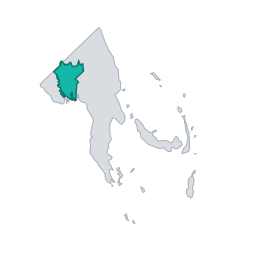 Middle Fly District, Western, Papua New Guinea shown in context, rotated 46°
{"feature_id": "67681753B64880686677125", "entity_name": "Middle Fly District", "entity_type": "district", "adm_level": 2, "iso_a3": "PNG", "parent_name": "Papua New Guinea", "parent_adm1": "Western", "projection": "mercator", "projection_center": [142.595, -7.022], "detail": "fine", "context": "in_parent", "style": "filled", "palette": "teal", "viewbox_px": 256, "rotation_deg": 46, "n_neighbors": 0, "source": "geoboundaries", "source_scale": "gbopen_adm2", "svg_char_len": 7939}
<svg xmlns="http://www.w3.org/2000/svg" viewBox="0 0 256 256"><g transform="rotate(46 128 128)"><path d="M35.4,160.7L35.4,132.9L34.0,130.8L35.4,125.8L35.4,79.1L38.0,79.3L50.8,85.0L59.5,88.0L67.0,89.4L74.0,94.0L79.1,94.3L86.7,100.8L89.8,101.3L95.2,106.8L95.5,111.2L94.9,114.0L103.1,116.7L111.0,120.5L115.2,120.9L117.6,122.2L120.5,125.5L121.1,129.8L119.4,130.6L112.0,130.6L110.0,132.0L112.9,138.8L119.6,145.1L124.6,147.9L126.1,153.6L128.6,155.4L130.3,159.9L132.9,160.4L137.9,159.6L138.8,161.5L138.0,164.4L138.8,165.5L148.1,167.9L145.0,169.4L146.4,172.0L152.5,174.3L156.3,175.1L158.5,174.9L155.9,176.2L153.5,175.8L153.1,176.2L154.0,177.3L156.0,178.4L154.0,179.9L151.9,180.2L148.2,179.2L144.9,176.3L134.7,175.1L131.2,173.9L128.4,174.3L120.1,172.8L117.4,170.8L115.6,167.8L110.7,164.1L109.6,162.4L110.1,160.0L108.7,160.3L105.9,158.6L98.5,147.6L94.7,146.0L85.3,144.1L83.9,142.0L79.5,141.2L78.5,142.6L74.9,143.6L71.9,142.5L68.8,139.8L72.4,145.9L71.1,145.9L71.7,146.8L71.0,147.0L67.1,146.6L68.3,149.2L61.8,150.5L57.0,150.1L54.7,150.7L53.8,150.6L52.5,148.7L50.8,149.1L52.2,149.1L54.1,151.3L58.1,151.0L62.1,152.6L65.4,156.2L65.2,158.7L56.3,163.4L51.1,161.4L43.5,161.9L40.8,161.1L37.4,162.0L35.4,160.7ZM170.6,99.2L172.5,100.4L174.3,99.1L177.9,100.7L177.3,106.7L176.1,108.4L173.0,109.0L172.7,109.9L174.7,113.4L173.8,114.7L171.2,116.0L166.8,115.9L165.7,118.3L163.3,120.5L153.8,124.8L143.6,125.1L140.2,122.5L136.7,123.0L132.0,119.8L128.0,118.6L127.2,117.4L127.3,115.8L128.4,114.9L135.5,115.0L139.9,116.3L145.8,115.5L147.5,114.6L148.1,110.7L149.1,109.1L150.1,109.9L148.8,112.8L150.2,115.5L154.4,114.7L157.1,115.4L159.2,114.6L162.1,110.4L164.5,108.5L168.8,107.5L168.7,104.4L167.2,100.2L167.8,99.0L170.6,99.2ZM222.2,130.1L221.7,131.5L221.4,131.1L219.3,132.3L216.8,131.9L214.6,130.6L212.9,128.1L212.8,125.4L210.4,124.1L207.3,120.6L206.7,118.3L206.9,114.5L211.5,116.7L216.1,123.3L220.5,126.3L222.2,130.1ZM187.0,100.9L184.0,106.9L182.1,104.4L181.4,102.7L181.2,98.1L176.4,91.2L171.4,89.0L161.2,81.8L157.2,80.7L158.2,80.4L158.2,78.6L163.2,82.4L166.3,83.3L170.5,86.1L173.3,87.1L185.6,97.8L187.0,100.9ZM106.2,71.2L115.8,71.4L116.0,72.2L114.7,72.3L113.1,73.8L107.4,73.3L104.9,74.1L104.7,73.1L105.6,72.8L105.5,71.7L106.2,71.2ZM154.5,163.6L156.3,164.6L157.8,164.5L158.9,165.7L159.1,167.7L158.5,168.1L158.0,167.5L153.4,167.1L154.3,166.0L153.4,163.8L154.5,163.6ZM153.4,79.8L150.0,79.7L147.5,77.4L150.8,76.3L153.3,77.4L153.4,79.8ZM161.4,172.1L163.6,170.9L164.1,171.3L163.3,174.3L159.9,173.0L157.6,168.2L161.4,172.1ZM179.3,159.4L183.0,158.8L184.8,160.1L185.3,160.6L184.9,161.9L181.9,161.3L179.3,159.4ZM187.9,188.7L194.8,192.0L192.3,192.6L190.1,191.7L189.8,190.9L188.9,191.1L189.4,190.6L187.9,188.7ZM123.3,119.3L120.3,116.8L120.4,115.1L123.7,116.6L123.3,119.3ZM152.2,165.5L151.3,165.6L149.3,163.8L150.5,161.8L151.9,162.6L152.2,165.5ZM205.9,114.4L204.6,110.4L205.7,109.1L206.9,111.7L205.9,114.4ZM112.7,114.4L110.6,112.8L112.2,111.4L113.1,112.1L112.7,114.4ZM145.0,65.9L143.8,66.2L142.3,64.9L142.7,63.4L144.5,64.4L145.0,65.9ZM98.7,104.5L97.5,105.9L96.6,104.8L98.0,103.2L98.7,104.5ZM161.9,151.9L162.0,156.8L161.0,155.8L161.4,153.8L160.5,153.2L161.9,151.9ZM66.2,153.2L68.2,155.2L63.2,152.0L66.2,153.2ZM68.0,152.7L65.2,151.9L64.7,151.3L67.9,151.6L68.0,152.7ZM201.3,189.2L201.1,189.8L199.3,190.0L198.1,189.0L199.3,189.2L199.1,188.5L201.3,189.2ZM180.8,84.5L180.9,86.7L179.7,85.2L180.8,84.5ZM174.1,83.3L173.6,83.9L172.3,82.4L172.6,82.0L174.1,83.3ZM159.1,179.0L159.0,180.0L157.7,179.5L157.9,178.9L159.1,179.0ZM173.0,81.6L172.0,81.9L172.2,80.3L173.0,81.6ZM121.0,74.6L121.1,75.7L119.7,75.4L121.0,74.6ZM193.6,97.0L193.5,98.0L192.7,97.7L193.6,97.0Z" fill="#d9dde1" stroke="#a8b0b8" stroke-width="1"/><path d="M60.7,131.8L56.1,131.8L56.1,120.4L55.7,120.2L55.4,120.0L55.2,120.0L55.0,119.9L55.0,119.7L54.8,119.8L54.8,119.5L50.4,116.0L50.1,116.3L50.2,116.5L50.3,116.8L50.2,116.8L50.1,117.0L49.9,117.9L48.1,118.6L47.2,118.1L46.8,118.0L46.5,117.9L46.7,117.7L46.0,117.3L46.1,117.2L45.9,117.2L45.7,117.1L48.0,121.7L45.5,124.9L44.2,124.9L43.1,124.7L42.5,124.2L41.6,123.9L41.1,123.8L40.9,123.7L40.7,124.3L40.5,125.2L40.6,125.5L40.9,125.9L40.9,126.3L40.7,126.5L40.4,126.8L40.4,127.0L40.4,127.3L40.2,127.5L40.2,127.4L40.0,127.6L39.9,127.7L39.9,127.8L39.8,128.0L39.7,128.0L39.4,128.3L39.2,128.5L39.3,128.5L39.2,128.6L39.1,128.8L39.0,129.2L38.9,129.2L38.9,129.3L38.9,129.5L38.6,129.8L38.4,129.7L38.4,129.4L34.2,129.3L33.9,129.5L34.1,129.6L34.0,129.8L34.1,130.0L33.8,130.0L33.9,130.3L33.8,130.5L34.2,130.7L34.3,130.9L34.5,130.9L34.4,131.1L34.2,131.1L34.2,131.3L34.3,131.7L34.5,131.6L34.6,132.0L34.4,132.0L34.6,132.3L35.0,132.4L35.0,132.6L35.1,132.8L35.3,132.7L35.6,132.8L35.7,132.7L36.0,132.7L36.0,142.3L40.9,142.3L41.0,142.5L41.0,143.0L41.4,143.0L41.9,143.0L42.1,143.4L42.2,143.5L42.4,143.6L42.6,143.6L42.8,143.4L42.8,143.7L42.7,143.8L42.4,143.9L42.3,144.0L42.6,144.3L42.9,144.3L42.9,144.2L42.6,144.1L42.7,143.9L42.8,143.9L43.7,144.0L44.0,144.4L44.1,144.2L45.1,144.2L45.2,144.3L45.3,144.5L45.7,144.3L45.9,144.6L46.2,145.7L46.2,145.8L46.3,145.8L46.4,145.5L46.6,145.4L46.8,145.5L46.6,146.2L46.8,146.2L47.1,146.1L47.3,146.3L47.6,146.4L47.9,146.5L48.4,146.4L48.5,146.5L48.5,146.9L48.8,147.4L48.8,147.7L48.3,148.0L48.1,148.5L48.3,148.7L48.7,149.1L49.1,149.2L49.5,149.2L50.0,149.4L50.4,149.3L50.7,148.9L51.2,148.6L51.4,148.6L51.8,148.7L52.0,148.6L52.5,148.5L52.8,148.7L53.0,148.8L53.2,149.0L53.3,149.3L53.4,150.2L53.5,150.4L53.8,150.6L54.6,150.8L55.5,150.3L55.7,150.2L55.9,150.2L56.2,150.0L56.5,150.0L57.7,150.1L57.9,150.0L58.1,150.0L58.4,150.2L59.1,150.2L59.3,150.4L59.7,150.6L59.9,150.7L60.3,150.9L60.5,150.9L61.5,150.5L62.3,150.3L62.9,149.9L64.5,149.9L64.9,149.7L65.7,149.7L67.3,149.5L67.3,149.4L67.9,148.9L68.3,148.9L68.2,148.7L67.6,148.1L67.3,147.9L66.5,147.6L66.4,147.5L66.2,147.0L65.9,146.9L65.7,146.7L65.5,146.4L65.6,146.2L65.4,146.1L65.4,145.8L65.4,145.7L65.2,145.7L65.2,146.1L65.0,146.4L64.9,146.6L64.9,146.4L65.1,146.1L65.1,145.6L65.0,145.3L64.9,144.8L64.8,144.6L64.7,144.9L64.6,145.1L64.3,145.2L64.3,145.3L64.2,145.3L64.5,145.6L64.6,146.2L64.4,146.2L64.2,146.2L64.0,145.9L63.9,146.0L63.7,146.2L63.8,146.0L64.0,145.9L64.1,146.0L64.3,146.1L64.5,146.2L64.4,145.6L64.1,145.4L64.2,145.2L63.8,145.1L63.8,144.5L63.9,144.0L64.0,144.1L63.9,144.1L64.0,144.2L63.9,144.5L63.9,145.1L64.5,145.1L64.6,144.9L64.6,144.6L64.8,144.5L65.0,144.5L65.1,144.8L65.2,145.4L65.5,145.5L65.9,145.4L66.1,145.5L66.4,145.9L66.4,146.4L66.6,146.6L67.5,146.7L67.8,146.5L68.3,146.5L69.2,146.8L69.8,147.2L70.8,147.2L71.5,147.2L71.6,146.8L71.4,146.5L71.2,146.2L70.7,146.2L70.3,145.9L70.3,145.7L70.4,145.2L70.2,145.2L70.1,145.3L70.1,145.2L70.3,145.2L70.4,145.4L70.4,145.8L70.6,145.9L70.8,146.1L71.1,146.0L71.3,146.0L71.6,146.5L72.1,146.7L60.7,134.3L60.7,131.8ZM61.4,152.2L60.7,152.1L60.1,151.9L59.8,151.9L58.9,151.3L58.1,151.0L57.9,150.7L57.7,150.6L57.3,150.6L56.9,150.8L56.8,151.0L57.0,151.2L57.0,151.3L57.1,151.5L57.0,151.8L57.0,151.7L56.9,151.7L56.9,151.8L56.7,151.9L56.8,152.0L56.7,152.1L56.8,152.3L56.7,152.6L56.9,152.7L61.4,152.7L61.4,152.2ZM66.5,146.8L66.2,146.5L66.0,145.8L65.8,145.7L65.5,145.8L65.5,146.1L65.7,146.3L65.6,146.5L65.8,146.7L65.9,146.8L66.2,146.9L66.3,146.9L66.4,147.1L66.5,147.5L66.9,147.7L67.2,147.7L67.7,148.0L67.8,148.0L67.5,147.6L67.3,147.1L66.5,146.8ZM69.4,147.5L68.9,147.0L68.3,146.8L68.0,146.8L67.8,146.9L67.4,147.0L67.8,147.6L68.1,147.6L68.8,147.6L69.4,147.9L69.5,147.8L69.4,147.5ZM68.8,147.8L68.6,147.7L67.9,147.9L67.9,148.1L68.0,148.3L68.7,148.8L69.3,148.6L69.3,148.2L68.8,147.8ZM57.2,150.6L56.7,150.5L56.1,150.5L55.3,150.8L54.7,151.2L54.4,151.3L53.8,151.2L53.3,150.9L53.5,151.2L53.9,151.4L54.3,151.4L54.7,151.3L55.0,151.2L55.8,150.7L56.2,150.6L56.7,150.5L57.2,150.6ZM61.7,151.5L61.5,151.4L60.8,151.5L60.3,151.5L60.8,151.8L61.5,151.7L61.7,151.5ZM54.1,150.9L53.6,150.8L53.9,150.9L54.1,150.9ZM51.4,148.8L51.6,148.7L51.3,148.6L51.2,148.7L51.4,148.8ZM59.7,151.6L59.8,151.6L59.6,151.6L59.7,151.6ZM67.5,147.4L67.4,147.2L67.4,147.3L67.5,147.4Z" fill="#14b8a6" stroke="#0f766e" stroke-width="1.5"/></g></svg>